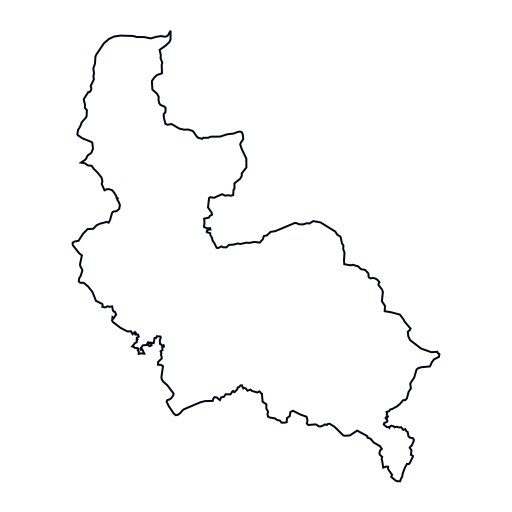 Dong Hy, Thái Nguyên, Vietnam (Mercator projection)
{"feature_id": "81297802B71869801036686", "entity_name": "Dong Hy", "entity_type": "district", "adm_level": 2, "iso_a3": "VNM", "parent_name": "Vietnam", "parent_adm1": "Thái Nguyên", "projection": "mercator", "projection_center": [105.922, 21.685], "detail": "fine", "context": "isolated", "style": "outline", "palette": "ink", "viewbox_px": 512, "rotation_deg": 0, "n_neighbors": 0, "source": "geoboundaries", "source_scale": "gbopen_adm2", "svg_char_len": 6019}
<svg xmlns="http://www.w3.org/2000/svg" viewBox="0 0 512 512"><path d="M88.2,92.2L84.0,98.8L83.8,99.9L85.0,104.6L84.9,107.9L86.9,110.2L86.6,116.2L85.9,117.6L81.8,122.2L80.3,126.2L78.0,130.1L77.4,134.0L77.7,135.1L82.4,138.3L91.7,142.1L92.3,142.7L93.0,148.8L91.3,152.9L87.6,155.5L85.8,159.3L81.0,162.6L84.8,163.3L87.9,165.4L91.7,165.8L93.8,168.9L97.6,172.6L101.6,177.7L102.4,181.3L101.7,184.0L104.5,190.3L107.0,189.2L108.7,189.1L112.1,190.2L114.5,193.1L116.5,196.6L116.5,197.8L117.8,198.4L117.2,199.7L118.7,201.9L119.9,205.0L119.3,208.5L118.7,209.4L116.6,211.1L113.3,211.6L112.1,212.8L110.0,220.2L108.6,222.7L106.9,221.9L99.9,223.7L96.6,225.3L93.2,228.8L87.6,229.1L83.1,233.7L78.5,240.8L74.3,241.6L72.7,242.7L72.6,244.3L73.2,245.7L79.2,253.3L81.9,255.4L80.0,264.4L80.3,266.2L82.2,269.6L82.3,270.8L80.7,275.9L79.2,278.2L78.8,281.3L79.5,282.2L80.7,282.8L83.7,282.8L88.2,286.6L92.5,292.1L96.0,300.9L102.3,304.0L102.7,305.4L102.3,306.8L105.1,307.4L107.6,306.3L109.4,306.8L112.1,306.4L112.9,310.4L113.6,311.5L114.9,311.8L116.1,314.6L113.6,318.3L112.5,317.2L112.1,320.5L112.8,322.0L120.6,327.9L127.3,331.4L131.0,331.3L132.6,334.2L134.9,332.0L135.8,333.0L135.2,333.7L135.3,334.5L138.0,334.6L138.7,336.7L136.8,337.8L136.8,338.5L137.5,339.5L136.6,340.1L136.8,342.1L134.9,343.2L132.2,346.5L133.7,346.8L134.6,347.8L137.7,348.2L138.4,348.8L137.7,350.2L138.7,351.4L138.7,353.9L140.9,353.4L144.3,353.6L142.2,349.3L140.9,349.9L140.7,349.5L140.8,348.1L142.8,345.4L147.4,344.8L149.7,346.2L150.3,346.0L151.6,345.2L151.4,343.8L147.6,343.1L148.0,342.3L153.7,343.1L154.6,338.0L156.2,337.9L156.9,336.2L160.5,336.6L160.8,338.0L159.8,339.9L160.0,343.9L161.4,344.6L162.1,346.0L163.6,345.2L164.0,346.1L164.0,346.5L162.3,347.4L162.4,350.2L160.6,351.3L161.4,353.1L160.9,354.6L161.7,357.0L161.7,358.5L158.1,362.0L158.0,364.7L160.9,364.9L163.0,366.2L161.4,377.2L161.8,379.4L163.2,381.6L167.4,385.3L173.6,393.6L173.2,395.5L171.1,398.3L169.6,399.4L167.3,400.1L166.6,401.5L168.5,405.7L173.9,413.8L175.8,415.2L177.9,414.8L180.3,413.0L182.7,410.2L184.1,409.2L200.6,402.2L205.0,401.1L212.7,400.9L213.4,398.5L214.6,397.1L216.8,397.5L219.9,400.1L221.2,397.3L223.9,396.8L225.7,394.2L230.4,394.4L232.6,391.2L233.2,391.0L234.2,392.2L234.8,391.9L237.4,389.1L237.7,387.5L239.4,386.9L240.5,385.4L241.9,385.3L243.3,388.5L244.5,388.0L245.6,388.3L247.5,390.7L250.6,389.6L251.9,390.9L257.3,392.5L259.2,391.4L259.8,391.6L261.1,393.4L261.9,393.7L262.6,401.7L266.4,404.3L266.3,408.4L268.1,411.8L267.5,413.9L268.0,416.7L270.1,417.6L275.0,418.4L277.2,420.0L279.9,420.6L281.6,422.7L284.7,422.7L286.7,422.2L287.0,418.1L289.7,416.2L290.4,412.0L293.0,410.8L300.5,414.6L306.5,416.7L307.5,420.5L306.8,423.4L308.3,425.0L315.3,424.4L316.5,424.7L319.0,426.4L320.2,426.5L322.4,425.9L325.0,424.4L326.9,425.0L327.6,424.1L329.5,423.7L334.4,426.7L343.3,435.4L344.7,435.8L349.9,435.4L357.2,430.6L366.9,435.9L367.5,436.5L367.5,437.7L370.5,438.7L373.7,442.5L379.9,446.1L381.8,448.9L380.1,450.4L379.4,453.2L379.9,454.8L382.2,456.9L381.6,459.4L382.2,460.9L383.2,467.6L386.0,466.6L388.0,466.7L388.2,469.3L392.1,474.9L391.2,476.9L395.7,480.6L397.5,481.3L400.2,481.2L400.9,478.9L402.2,476.6L402.8,473.2L404.9,467.7L407.0,463.9L408.9,464.0L409.6,463.3L412.9,456.7L412.9,455.9L410.9,454.8L411.5,450.3L409.7,447.8L410.3,446.7L411.8,445.5L413.8,440.7L413.8,439.6L413.0,438.3L409.6,437.5L408.4,436.1L407.7,432.0L406.4,431.2L405.2,429.1L403.3,429.9L401.1,427.2L399.5,427.5L396.4,426.7L394.5,427.3L393.8,426.4L391.3,425.7L390.0,426.5L389.4,427.8L388.7,427.0L386.9,427.1L383.8,424.6L384.2,423.0L386.8,422.0L387.3,421.2L387.3,420.3L385.6,418.0L386.3,417.1L386.9,418.1L387.9,416.5L386.8,414.8L387.0,413.1L386.6,411.9L388.9,411.3L390.2,409.5L392.2,409.0L397.3,406.2L400.3,403.6L403.1,400.2L405.3,400.1L406.9,398.4L408.6,391.9L410.9,388.4L410.2,383.6L414.2,377.5L416.5,369.7L417.8,368.4L420.9,367.3L430.0,366.4L431.9,362.2L434.0,359.4L439.0,356.8L439.4,354.1L438.0,353.3L437.3,351.8L431.4,352.2L421.2,348.6L410.2,340.2L408.3,336.3L407.8,331.8L410.1,329.7L410.5,328.5L404.8,321.9L403.5,319.4L399.9,314.6L391.2,312.3L384.7,311.2L385.0,305.9L381.9,301.2L382.9,291.8L381.9,289.4L378.5,285.0L378.7,283.4L379.5,282.1L377.0,279.5L375.4,278.6L373.1,277.9L370.6,278.4L369.2,277.7L368.5,276.5L368.6,274.7L368.1,273.1L365.2,270.0L360.9,269.1L358.2,266.4L352.8,264.8L350.5,265.3L344.3,264.2L344.0,260.7L344.5,252.7L343.2,249.0L343.4,245.5L341.9,243.2L340.8,237.5L340.0,236.3L337.4,234.9L335.3,231.6L320.5,222.4L313.3,221.1L309.4,223.5L306.8,223.2L303.2,224.4L299.2,224.3L296.1,223.0L294.5,223.1L275.4,231.1L270.5,231.9L266.9,235.4L263.8,236.1L262.8,239.3L259.8,242.6L254.2,241.9L249.6,242.9L246.1,242.7L240.5,244.0L237.6,243.5L233.6,244.6L229.0,244.9L226.4,247.3L223.3,247.3L221.5,246.4L218.2,248.0L216.6,247.8L214.4,243.2L212.5,240.4L212.1,238.1L210.3,234.9L210.2,233.2L206.8,232.2L206.8,231.0L207.4,230.3L208.7,229.6L210.4,229.5L210.1,228.2L206.7,228.3L204.0,226.9L204.5,222.7L204.1,218.7L208.9,217.6L209.8,216.0L212.0,214.7L211.6,212.6L208.0,207.4L209.1,198.0L210.3,197.2L214.0,197.8L222.1,194.2L225.3,195.7L228.1,195.2L230.8,195.7L233.2,195.1L233.5,189.9L234.5,188.6L234.4,183.4L240.3,178.6L241.8,175.9L241.7,173.4L246.4,167.5L246.3,158.6L241.5,148.5L240.2,144.4L240.8,142.7L243.2,139.2L242.8,134.5L241.5,131.9L238.8,131.6L233.4,133.6L227.2,134.3L220.1,136.6L210.9,136.7L208.0,137.8L203.2,137.8L202.1,138.8L198.3,137.8L196.8,136.6L193.2,131.4L192.3,130.8L188.1,129.5L184.1,129.7L179.3,128.6L171.5,124.0L167.6,124.8L165.5,123.9L163.9,118.0L163.7,114.1L165.4,112.3L165.6,108.1L164.3,106.5L160.4,104.9L159.0,102.7L158.5,99.6L158.7,96.8L156.9,93.6L152.4,89.6L151.9,81.1L154.3,77.5L157.1,75.0L162.0,73.3L161.7,64.8L162.3,62.8L160.6,58.2L160.8,55.1L159.6,49.9L165.6,45.6L169.3,42.2L170.5,39.5L170.6,30.7L168.0,35.3L166.8,36.3L165.1,36.7L160.9,36.1L156.2,36.8L150.9,38.4L144.2,37.1L136.7,37.0L133.2,36.0L120.7,35.6L114.2,36.5L108.9,39.0L103.9,43.3L96.2,54.8L95.4,56.8L95.0,63.6L93.3,68.6L94.0,73.1L93.4,76.8L93.9,79.3L90.7,85.9L91.3,88.3L91.1,90.2L89.5,92.1L88.2,92.2Z" fill="none" stroke="#020617" stroke-width="2"/></svg>